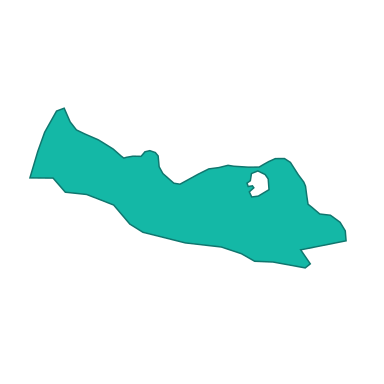 outline of Termez, Surkhandarya, Uzbekistan, rotated 193°
{"feature_id": "79887680B61721126470320", "entity_name": "Termez", "entity_type": "district", "adm_level": 2, "iso_a3": "UZB", "parent_name": "Uzbekistan", "parent_adm1": "Surkhandarya", "projection": "albers", "projection_center": [67.436, 37.28], "detail": "fine", "context": "isolated", "style": "filled", "palette": "teal", "viewbox_px": 384, "rotation_deg": 193, "n_neighbors": 0, "source": "geoboundaries", "source_scale": "gbopen_adm2", "svg_char_len": 1081}
<svg xmlns="http://www.w3.org/2000/svg" viewBox="0 0 384 384"><g transform="rotate(193 192 192)"><path d="M187.1,140.9L151.1,145.0L130.0,143.0L115.4,138.6L97.3,142.0L64.6,143.5L60.6,148.6L73.1,160.1L30.9,179.1L33.9,188.6L40.9,195.8L51.9,200.5L62.6,199.3L71.4,203.9L76.2,206.2L79.2,213.8L82.7,223.2L85.3,226.8L92.3,232.7L102.8,243.0L109.4,245.4L118.3,243.3L124.1,238.9L128.4,235.0L132.2,231.4L142.5,228.9L157.1,226.5L162.9,226.1L171.4,221.8L180.8,218.3L189.8,210.9L200.1,201.7L205.5,196.9L211.7,196.5L224.5,203.4L229.7,209.2L233.1,219.5L236.6,222.2L242.4,222.8L246.9,220.6L249.6,215.3L257.6,213.6L263.8,211.0L266.1,209.7L269.2,211.1L278.4,216.1L294.8,221.7L309.8,224.5L310.2,224.6L318.6,226.5L326.5,232.9L335.4,244.9L342.2,240.4L349.0,217.1L351.4,196.8L353.1,169.3L330.5,174.3L315.4,163.3L294.1,165.9L265.4,161.7L245.3,146.7L230.7,141.7L187.1,140.9ZM132.7,210.0L134.5,211.6L138.5,210.0L140.4,213.0L137.7,216.1L138.2,223.4L132.6,227.3L124.7,225.5L120.7,221.9L117.5,211.6L126.5,202.9L132.7,200.6L136.2,205.0L132.7,210.0Z" fill="#14b8a6" stroke="#0f766e" stroke-width="1.5"/></g></svg>